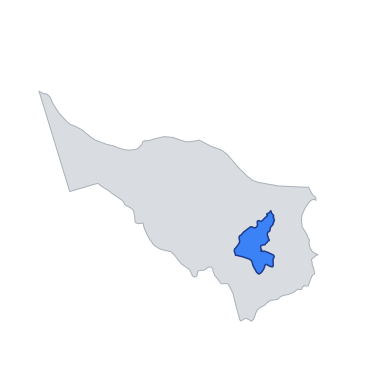 Fès - Boulemane highlighted on a map of Morocco, rotated 73°
{"feature_id": "MAR-1446", "entity_name": "Fès - Boulemane", "entity_type": "Region", "adm_level": 1, "iso_a3": "MAR", "parent_name": "Morocco", "parent_adm1": "", "projection": "natural_earth1", "projection_center": [-4.364, 33.462], "detail": "fine", "context": "in_parent", "style": "filled", "palette": "blue", "viewbox_px": 384, "rotation_deg": 73, "n_neighbors": 0, "source": "natural_earth", "source_scale": "10m", "svg_char_len": 4175}
<svg xmlns="http://www.w3.org/2000/svg" viewBox="0 0 384 384"><g transform="rotate(73 192 192)"><path d="M53.9,305.9L56.2,301.8L59.8,300.0L67.5,299.1L78.8,295.7L89.0,290.6L91.9,288.6L95.0,284.5L100.2,279.2L109.8,272.8L114.2,269.2L121.0,260.3L125.5,252.9L129.3,248.2L131.9,244.0L133.7,239.7L134.8,232.8L134.2,230.1L131.4,225.7L129.6,224.6L129.1,222.5L130.2,218.8L130.2,212.5L130.9,202.5L134.2,194.4L141.9,183.8L143.3,179.4L144.3,172.5L144.4,170.0L154.0,160.2L159.6,152.7L161.5,150.8L166.4,147.4L183.5,139.8L193.1,134.5L198.7,130.6L202.1,125.9L211.4,107.8L220.6,82.2L221.4,79.3L225.4,78.4L228.2,78.0L230.5,77.1L233.4,75.2L236.1,76.0L234.7,77.3L234.7,80.4L236.7,84.1L240.0,88.2L246.1,93.5L250.9,95.6L257.7,96.9L265.6,94.6L270.1,94.5L272.2,93.5L274.6,95.0L279.1,95.5L283.4,94.7L286.6,92.5L288.7,89.9L289.0,91.2L289.1,92.5L289.7,93.3L291.0,96.6L291.7,97.8L294.2,97.6L296.4,98.3L301.2,98.0L305.9,98.5L306.6,100.6L307.9,102.3L312.8,106.1L315.7,108.4L315.7,109.3L314.8,111.2L314.5,112.5L315.2,113.9L317.0,115.7L317.2,116.5L316.7,117.4L315.8,119.3L317.8,124.7L318.2,130.0L317.7,133.7L317.7,135.8L318.0,137.7L319.7,141.9L318.6,148.9L319.9,152.8L321.6,155.9L322.6,161.4L324.0,164.0L326.3,166.3L327.6,167.1L330.1,169.0L331.9,170.6L333.0,173.0L330.7,174.9L329.0,176.7L328.5,178.6L329.3,181.6L329.4,183.2L328.2,183.7L323.6,183.5L319.9,183.4L315.7,183.3L309.8,183.0L306.1,182.8L301.1,182.5L299.4,182.7L294.8,183.5L291.6,184.1L291.0,184.3L290.0,185.0L289.3,187.2L288.7,189.8L288.0,190.9L278.3,194.6L274.5,195.1L272.3,194.7L270.7,195.0L269.3,195.8L268.9,197.0L268.8,198.5L269.1,200.0L270.0,202.1L270.2,204.3L269.6,205.8L269.5,207.3L269.2,208.9L269.7,209.8L270.6,209.9L271.6,210.7L272.9,211.3L274.0,212.6L274.0,214.5L273.1,215.5L272.3,216.1L268.6,216.6L265.7,216.9L261.9,219.9L257.9,223.0L253.1,225.1L251.0,225.7L247.3,227.2L242.9,229.6L240.7,233.6L238.0,238.1L235.3,241.1L231.7,244.0L228.3,245.1L224.1,246.5L218.8,247.6L215.0,247.9L213.9,248.1L210.6,248.2L208.9,248.0L207.7,247.9L207.2,248.2L207.1,248.9L207.0,250.5L206.7,252.4L205.7,254.0L204.9,254.7L204.1,255.0L201.3,254.6L198.9,254.1L193.4,253.4L192.3,253.6L191.9,253.7L190.1,254.8L187.4,257.1L185.6,259.1L184.2,260.0L181.0,260.5L179.6,261.2L173.5,266.1L172.2,267.3L166.0,271.6L164.2,273.1L162.8,274.5L159.1,277.6L156.7,279.0L156.3,279.9L156.1,281.8L156.1,286.1L156.0,290.2L156.0,296.2L155.9,302.2L155.8,308.8L51.0,308.8L53.9,305.9Z" fill="#d9dde1" stroke="#a8b0b8" stroke-width="1"/><path d="M238.3,120.9L238.8,120.9L239.2,121.1L239.7,121.7L239.9,121.9L240.3,121.5L240.5,121.5L242.6,121.4L242.9,121.5L243.2,121.7L243.3,122.0L243.6,122.2L243.8,122.2L244.3,122.2L244.6,122.5L244.8,123.0L245.2,123.5L245.9,123.4L246.8,124.2L247.4,125.0L248.0,126.3L248.7,127.2L250.3,128.1L251.6,128.7L252.3,129.5L252.5,130.3L252.4,131.0L253.0,131.5L254.3,132.4L255.0,132.4L256.7,132.6L257.0,132.3L257.7,132.4L258.9,132.6L259.7,132.2L260.6,132.1L261.0,132.4L260.9,132.8L261.0,133.3L262.2,135.1L262.8,136.3L263.8,137.9L263.4,139.0L263.5,140.2L263.4,141.0L263.6,141.8L264.1,142.2L264.6,142.4L265.2,142.5L265.9,142.8L267.4,142.3L267.9,142.3L268.3,143.0L268.4,143.4L268.7,143.4L269.6,141.7L269.5,141.0L269.6,140.3L269.9,139.7L271.7,137.5L272.0,137.0L272.3,136.7L275.0,133.7L275.9,132.8L276.8,132.3L277.6,132.3L278.4,132.6L279.0,133.1L279.5,133.7L280.4,134.3L285.9,135.8L286.6,136.2L287.1,136.6L286.8,137.7L285.7,139.4L283.2,141.8L282.8,142.6L283.3,143.5L286.2,145.5L288.7,148.3L289.7,150.4L290.0,152.0L288.8,153.0L287.5,153.7L281.0,155.1L278.4,155.2L277.0,155.0L275.7,155.2L274.5,155.5L272.7,157.1L268.5,162.9L267.4,164.9L266.3,166.6L265.8,167.6L265.3,168.8L263.7,168.8L262.8,168.7L261.0,168.9L259.8,168.4L258.9,167.8L258.4,166.8L256.1,163.5L253.9,161.2L252.5,160.7L250.6,160.6L248.7,160.1L247.9,159.3L247.7,158.4L247.3,157.3L245.4,154.4L242.4,146.2L242.8,145.0L244.7,142.7L244.5,141.2L243.9,139.9L242.8,139.1L239.6,138.4L238.9,137.7L238.8,136.8L240.0,135.0L240.3,134.3L239.9,133.2L237.9,129.6L237.0,127.2L236.7,126.6L236.1,126.8L235.8,127.1L235.2,127.1L234.8,126.8L234.7,126.1L234.5,125.1L234.3,124.1L233.7,123.2L232.7,121.8L233.1,122.0L233.6,122.1L235.0,122.1L235.8,121.9L237.9,121.0L238.3,120.9Z" fill="#3b82f6" stroke="#1e3a8a" stroke-width="1.5"/></g></svg>